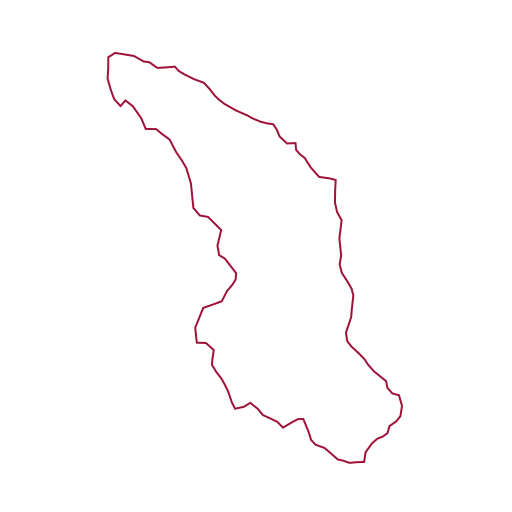 Águas da Prata, São Paulo, Brazil, rotated 175°
{"feature_id": "56859067B56146579756473", "entity_name": "Águas da Prata", "entity_type": "district", "adm_level": 2, "iso_a3": "BRA", "parent_name": "Brazil", "parent_adm1": "São Paulo", "projection": "natural_earth1", "projection_center": [-46.689, -21.918], "detail": "fine", "context": "isolated", "style": "outline", "palette": "rose", "viewbox_px": 512, "rotation_deg": 175, "n_neighbors": 0, "source": "geoboundaries", "source_scale": "gbopen_adm2", "svg_char_len": 1736}
<svg xmlns="http://www.w3.org/2000/svg" viewBox="0 0 512 512"><g transform="rotate(175 256 256)"><path d="M377.9,417.2L372.5,422.3L365.6,415.9L358.2,403.0L354.8,392.2L344.4,391.1L339.0,385.7L331.9,379.6L326.7,366.9L321.3,357.2L317.7,349.5L314.5,333.9L314.2,309.3L308.5,301.3L300.4,299.1L288.4,284.9L293.5,269.8L292.6,260.0L287.3,256.2L277.3,240.6L278.4,234.3L281.9,229.6L288.1,223.4L294.0,213.9L305.2,210.9L313.1,208.9L322.8,189.9L322.7,182.2L322.5,174.8L313.4,173.7L306.3,165.9L308.2,157.9L309.4,151.5L305.5,143.7L301.2,137.0L298.4,130.8L295.5,123.3L292.9,112.5L290.2,105.7L281.3,106.8L274.5,110.2L267.4,103.4L263.1,97.0L256.0,93.0L249.2,88.9L244.1,82.7L233.8,87.6L228.4,89.8L223.1,89.5L219.1,76.8L217.1,67.9L213.1,62.8L204.3,58.7L197.8,52.0L192.3,46.2L187.0,44.5L181.0,41.8L173.0,41.8L166.2,41.4L164.0,50.9L156.9,59.1L151.1,63.4L145.1,65.2L140.4,68.2L137.8,75.0L130.6,79.1L126.1,83.9L123.6,93.9L125.7,104.8L132.1,107.2L136.6,113.2L137.3,120.0L142.2,124.7L148.7,131.0L153.8,137.9L156.9,143.7L161.4,149.3L169.1,157.8L172.5,163.3L173.1,171.7L166.5,186.9L165.4,193.6L162.5,208.2L163.6,215.0L166.7,221.8L172.0,231.8L173.4,240.3L171.1,249.2L171.3,258.2L171.4,266.7L169.6,274.5L167.6,284.3L171.4,292.7L172.7,302.2L171.4,314.7L170.0,324.8L175.9,326.9L186.3,329.3L193.9,339.7L199.0,349.5L203.5,353.6L206.8,358.3L206.8,365.0L215.3,365.4L222.0,372.9L224.4,380.3L227.3,385.7L234.2,387.4L239.8,389.4L247.6,393.5L252.1,396.6L263.2,402.7L274.2,410.3L279.5,415.2L283.3,419.6L287.3,425.9L292.7,433.0L302.6,437.7L311.7,443.3L316.8,447.0L320.3,451.7L329.0,451.7L337.9,452.0L345.5,458.4L350.8,459.5L360.2,465.9L378.7,470.6L385.8,466.9L386.9,455.4L388.4,445.7L386.1,433.8L383.6,424.6L377.9,417.2Z" fill="none" stroke="#9f1239" stroke-width="2"/></g></svg>